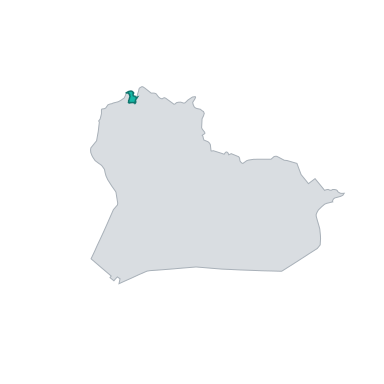 location of Al-Zibar, Arbil, Iraq, rotated 323°
{"feature_id": "34846034B21205760150819", "entity_name": "Al-Zibar", "entity_type": "district", "adm_level": 2, "iso_a3": "IRQ", "parent_name": "Iraq", "parent_adm1": "Arbil", "projection": "orthographic", "projection_center": [44.113, 37.087], "detail": "fine", "context": "in_parent", "style": "filled", "palette": "teal", "viewbox_px": 384, "rotation_deg": 323, "n_neighbors": 0, "source": "geoboundaries", "source_scale": "gbopen_adm2", "svg_char_len": 4263}
<svg xmlns="http://www.w3.org/2000/svg" viewBox="0 0 384 384"><g transform="rotate(323 192 192)"><path d="M160.2,79.1L162.5,78.5L166.7,75.1L169.2,71.8L170.0,71.5L172.1,72.7L173.7,73.0L177.3,71.8L179.5,72.4L181.3,73.3L182.3,73.4L187.1,75.4L188.3,75.7L190.8,76.0L194.5,76.1L197.0,74.8L198.7,73.5L199.8,73.5L201.0,73.8L202.0,74.4L202.8,75.3L203.2,76.7L203.0,81.1L203.4,82.3L204.1,83.1L204.9,83.2L205.9,82.3L207.7,80.9L209.9,79.4L211.5,78.0L212.4,77.4L213.9,77.5L215.3,77.7L216.1,78.4L216.1,78.6L216.9,80.7L218.9,88.4L220.0,89.3L221.2,90.2L222.1,91.3L222.5,92.4L222.4,94.2L222.5,96.3L223.0,97.9L223.7,99.1L224.4,99.7L225.4,99.7L226.6,100.0L227.4,101.2L230.1,110.0L230.4,111.1L231.5,111.5L233.3,111.3L235.1,112.1L237.1,113.5L239.0,116.2L240.3,116.6L244.2,116.1L249.5,116.4L252.0,117.8L251.8,118.6L249.9,119.6L246.5,120.8L245.6,122.7L245.0,125.2L245.2,126.6L246.0,128.1L248.5,131.0L248.7,132.1L249.1,133.6L249.6,134.6L249.1,136.6L247.0,138.1L244.1,139.6L238.4,146.4L238.0,147.9L238.1,151.9L237.5,153.0L235.7,153.0L234.3,152.8L234.2,154.2L233.3,156.1L232.8,157.7L235.0,161.4L235.4,163.5L235.1,165.3L233.2,168.5L232.0,170.6L232.3,171.1L233.9,171.9L238.8,178.8L240.4,181.2L242.5,180.5L243.2,180.6L243.8,180.9L244.2,181.8L244.2,182.8L243.7,184.4L246.4,185.0L247.3,186.5L250.5,191.9L250.4,193.5L249.0,196.1L249.0,197.8L249.4,199.3L249.9,199.8L254.4,199.9L256.3,200.5L261.1,203.1L266.6,207.2L271.1,210.6L274.9,213.4L278.9,213.1L280.0,213.6L281.1,214.4L282.3,216.8L284.8,222.2L286.8,224.0L290.0,228.3L293.0,232.3L291.3,238.0L289.6,243.8L289.9,251.4L290.0,255.4L293.9,255.4L298.3,255.4L298.5,260.2L298.7,265.1L298.9,270.6L300.2,270.8L302.3,271.9L303.2,273.6L304.4,274.5L305.7,274.6L307.0,275.5L308.4,277.0L308.9,278.2L308.6,279.0L308.9,280.5L309.9,282.5L311.0,283.4L312.8,284.6L310.5,285.4L308.0,284.9L302.5,282.7L300.8,282.7L298.5,283.8L298.5,284.6L292.7,282.1L290.7,281.6L289.9,281.6L286.7,281.8L282.1,282.4L279.4,283.6L277.5,284.8L276.7,286.0L276.4,286.6L275.0,290.1L273.4,294.4L271.8,298.4L268.4,304.0L266.6,306.6L262.5,311.4L258.1,312.5L247.7,311.7L236.2,310.9L224.8,310.0L216.3,309.3L215.7,309.1L207.3,302.4L200.6,297.1L192.4,290.4L184.0,283.6L175.6,276.6L169.4,271.5L162.1,265.0L155.4,259.0L150.1,254.3L143.3,250.0L138.1,246.7L130.4,241.9L124.3,238.0L119.1,234.7L111.1,229.5L108.4,228.1L100.1,226.1L92.2,224.4L84.0,222.5L78.5,221.3L82.3,218.0L81.3,214.9L78.7,215.3L76.2,215.9L75.0,211.0L76.9,210.5L75.5,204.1L74.0,197.5L72.6,191.1L71.2,184.6L78.3,180.9L83.5,178.0L90.9,174.1L98.0,170.3L104.7,166.6L112.0,162.5L118.6,158.8L124.6,157.5L125.9,156.3L128.7,151.0L131.1,146.5L131.3,145.5L131.5,139.0L132.1,131.4L133.0,127.4L134.4,123.9L135.7,121.3L135.8,118.8L135.8,116.3L134.6,112.5L133.5,108.6L133.7,104.8L134.0,102.8L134.9,99.6L136.3,97.3L137.8,95.9L143.3,94.5L146.6,93.7L151.0,89.6L153.6,87.2L157.3,83.3L160.0,80.5L160.2,79.5L160.2,79.1Z" fill="#d9dde1" stroke="#a8b0b8" stroke-width="1"/><path d="M195.1,82.4L195.1,82.5L195.3,82.8L195.6,83.1L195.8,83.1L195.9,83.3L196.1,83.4L196.1,83.5L196.6,83.5L196.9,83.6L197.0,83.7L197.1,83.9L197.2,84.0L197.5,84.2L198.0,84.5L198.5,84.9L198.9,85.1L199.0,85.3L199.2,85.7L199.3,85.9L199.5,86.0L199.9,86.1L199.8,86.9L200.2,86.8L200.5,86.8L200.8,86.7L201.1,86.3L201.0,85.7L201.6,85.7L201.8,85.2L202.1,84.6L202.9,84.3L203.3,84.1L203.6,83.9L203.9,83.9L204.1,83.8L204.5,83.8L204.8,83.7L205.1,83.5L205.4,83.4L205.0,83.3L204.7,83.2L204.5,82.8L204.4,82.5L204.2,82.3L204.1,82.0L204.0,81.9L204.0,81.6L204.0,81.4L204.1,81.2L203.7,80.8L203.5,80.7L203.3,80.4L203.1,80.0L203.0,79.6L203.1,79.4L203.4,79.0L203.6,78.7L203.8,78.5L203.9,78.1L204.1,78.1L204.3,78.1L204.5,78.1L204.9,77.9L205.1,77.5L205.1,77.3L204.9,76.9L204.8,76.7L204.9,76.4L204.9,76.2L204.8,75.8L204.7,75.6L204.4,75.1L203.9,74.6L203.4,74.3L202.9,74.1L202.5,73.9L202.3,73.9L202.1,73.8L201.9,73.7L201.6,73.5L201.4,73.5L201.0,73.5L200.6,73.5L200.1,73.4L199.8,73.3L199.5,73.3L199.3,73.3L199.4,73.6L199.8,73.9L200.0,74.0L200.7,74.4L200.7,75.1L200.7,76.0L200.8,76.2L200.8,76.4L200.8,77.0L200.6,77.1L200.4,77.2L200.3,77.4L200.2,77.7L200.2,78.0L200.1,78.4L199.6,78.7L199.4,78.8L199.2,78.9L198.9,79.2L198.3,79.7L198.2,79.7L197.9,80.1L197.7,80.2L196.8,80.7L196.4,80.9L196.1,81.4L195.9,81.8L195.6,81.9L195.3,82.0L195.2,82.2L195.1,82.4Z" fill="#14b8a6" stroke="#0f766e" stroke-width="1.5"/></g></svg>